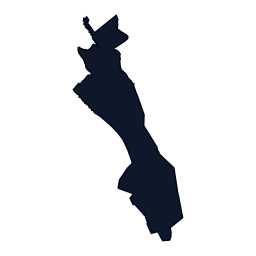 outline of Iturbide, Nuevo León, Mexico
{"feature_id": "50627088B63300503507145", "entity_name": "Iturbide", "entity_type": "district", "adm_level": 2, "iso_a3": "MEX", "parent_name": "Mexico", "parent_adm1": "Nuevo León", "projection": "robinson", "projection_center": [-99.928, 24.644], "detail": "fine", "context": "isolated", "style": "filled", "palette": "ink", "viewbox_px": 256, "rotation_deg": 0, "n_neighbors": 0, "source": "geoboundaries", "source_scale": "gbopen_adm2", "svg_char_len": 4092}
<svg xmlns="http://www.w3.org/2000/svg" viewBox="0 0 256 256"><path d="M86.6,16.9L86.3,17.3L86.3,17.9L86.1,18.2L85.7,18.4L85.4,18.5L85.0,18.7L84.8,18.6L84.6,18.3L84.4,18.3L84.3,18.2L84.1,18.2L83.8,18.3L83.7,18.4L83.6,18.6L83.7,18.8L83.8,18.9L83.9,19.1L84.1,19.4L84.1,19.7L84.0,19.9L83.8,20.1L83.5,20.2L83.4,20.5L83.4,20.8L84.0,21.5L84.7,22.4L84.1,23.2L84.2,23.4L84.3,23.6L84.1,23.8L84.0,24.0L84.3,24.0L84.5,23.9L84.9,24.1L84.7,24.3L84.8,24.4L84.8,24.5L84.8,24.8L85.0,24.8L85.1,24.7L85.3,24.8L85.3,25.0L85.3,25.4L85.4,25.5L85.6,25.5L85.8,25.2L86.0,25.3L86.1,25.6L85.9,25.8L85.6,26.0L85.9,26.2L86.0,26.2L85.8,26.6L85.6,26.8L85.6,27.0L86.0,27.0L85.9,27.3L86.2,27.4L86.5,27.3L86.8,27.4L86.7,27.7L86.6,28.1L86.9,28.3L87.1,28.0L87.3,27.9L87.5,28.2L88.1,28.2L88.6,28.1L88.5,28.3L88.3,28.3L88.1,28.5L88.5,28.9L87.7,28.9L88.0,29.4L88.4,29.8L88.8,29.9L89.2,29.7L89.3,29.7L89.5,29.9L89.6,30.2L89.4,30.6L89.9,30.9L89.9,31.1L89.3,31.5L89.2,32.0L89.6,32.2L89.7,32.4L90.0,32.4L90.3,32.4L90.6,32.4L90.8,32.7L91.0,32.8L91.2,32.6L91.2,33.0L90.9,33.5L91.2,33.9L91.3,34.3L91.1,34.5L91.0,34.8L91.7,35.3L92.5,35.0L92.6,34.9L92.8,34.9L93.1,35.0L93.3,35.2L93.2,35.4L93.1,35.6L92.8,35.6L92.6,36.6L92.7,36.8L92.5,37.0L92.3,37.2L92.3,37.3L92.5,37.4L92.6,37.5L92.6,37.9L92.6,38.2L92.7,38.4L93.0,38.3L93.1,38.1L93.3,38.1L93.2,38.4L93.1,38.6L93.0,38.8L93.5,38.9L93.7,39.0L93.6,39.4L93.4,39.7L93.4,39.8L93.7,39.9L93.9,39.9L94.0,40.1L94.4,40.1L94.6,39.9L94.8,39.9L95.0,40.1L94.8,40.2L94.7,40.3L94.6,40.6L94.8,40.6L95.0,40.6L95.3,40.7L95.3,41.0L95.1,41.1L95.0,41.3L95.0,41.6L95.0,41.9L95.0,42.2L95.5,42.3L95.9,42.4L96.1,42.6L96.2,42.9L96.1,43.3L96.1,43.9L96.3,44.2L96.7,44.3L97.0,44.4L99.5,47.3L93.2,44.3L90.4,48.7L89.6,49.1L87.7,50.4L86.2,49.7L85.8,49.8L85.4,49.9L84.9,49.7L84.6,49.7L84.1,49.7L83.6,49.6L82.9,49.4L82.0,48.9L81.0,48.7L80.3,48.2L79.4,47.3L78.4,47.4L78.3,47.6L78.3,48.3L78.2,48.6L78.4,49.4L78.2,49.7L78.1,50.3L78.3,50.9L78.4,51.1L78.6,51.5L79.0,53.0L80.0,54.5L80.7,55.3L80.9,55.8L81.1,56.0L81.5,56.8L81.7,57.0L82.1,57.3L82.9,58.6L83.2,59.0L83.9,59.4L84.0,59.8L83.9,60.3L84.0,60.5L84.3,60.8L84.4,61.6L84.6,61.9L84.9,62.2L84.7,62.9L84.9,63.2L85.4,63.6L85.4,64.3L85.5,64.7L85.8,65.1L85.8,66.4L86.0,67.0L86.2,67.9L88.4,70.6L91.0,72.5L91.8,74.9L87.9,75.3L87.3,76.1L84.6,79.4L84.6,79.5L81.5,82.3L81.2,83.0L80.9,83.5L80.6,83.9L80.3,84.0L80.1,84.1L79.9,84.3L79.8,84.2L79.5,84.0L79.3,83.7L79.1,83.6L78.7,83.4L73.4,89.6L74.5,90.7L74.6,91.6L75.2,92.0L75.8,92.9L76.9,93.7L77.4,94.1L78.8,94.8L79.5,96.0L79.2,97.1L80.2,96.9L81.1,97.7L81.4,98.9L82.2,98.7L82.7,99.0L82.6,100.7L83.6,101.1L84.4,102.0L84.9,103.2L86.6,104.0L87.1,104.7L88.6,105.3L89.0,106.0L88.9,106.5L89.0,107.1L89.4,107.6L90.3,107.8L91.7,109.4L91.8,110.3L93.1,110.3L94.5,112.6L95.0,113.1L99.3,115.5L110.5,125.1L117.6,132.4L121.1,136.9L122.9,139.3L125.6,145.0L127.7,149.4L131.4,160.0L132.5,163.2L127.5,168.2L119.6,179.9L118.6,185.5L118.2,187.8L119.4,188.6L127.4,191.5L133.6,193.7L130.1,198.3L133.2,204.5L134.5,204.0L136.9,206.7L137.2,207.0L139.9,210.0L140.3,210.5L140.7,210.9L140.8,211.0L144.0,214.6L144.2,215.1L145.1,215.7L147.9,223.4L147.1,223.8L148.6,227.3L151.2,233.1L151.3,233.3L157.8,231.6L162.7,240.6L169.7,240.0L170.8,236.5L171.0,232.3L170.1,227.7L182.6,217.6L179.0,199.1L177.4,191.3L173.9,168.0L162.4,157.0L158.9,153.7L159.0,152.9L159.0,152.6L157.5,150.3L157.0,148.0L156.6,146.4L156.4,146.4L143.7,125.7L143.8,121.1L144.0,114.7L141.6,107.9L138.9,100.2L136.9,94.7L135.6,91.6L133.3,84.6L133.4,84.2L133.5,84.1L133.2,84.1L133.1,83.9L132.6,83.2L131.9,82.7L130.9,80.6L129.9,80.0L128.5,78.5L127.7,77.3L126.0,74.1L121.1,69.7L120.0,65.3L119.7,60.4L119.7,60.1L119.7,59.8L119.9,59.6L120.2,59.4L119.6,55.5L119.9,54.8L120.2,54.2L119.6,53.4L119.1,52.8L119.0,52.4L118.4,51.6L117.9,51.3L117.6,50.9L116.5,50.2L116.1,50.1L115.7,50.0L114.9,49.9L114.2,49.5L113.7,49.0L113.5,48.5L124.6,41.2L127.6,38.6L127.8,36.6L127.2,35.8L126.2,34.8L124.9,34.0L124.0,33.6L121.1,31.7L118.5,29.8L117.1,28.6L117.7,24.6L117.2,21.0L117.8,20.0L117.3,18.1L116.2,15.4L94.6,32.8L88.8,24.7L87.7,23.7L88.1,21.0L88.7,20.5L88.0,18.8L86.6,16.9Z" fill="#0f172a" stroke="#020617" stroke-width="1.5"/></svg>